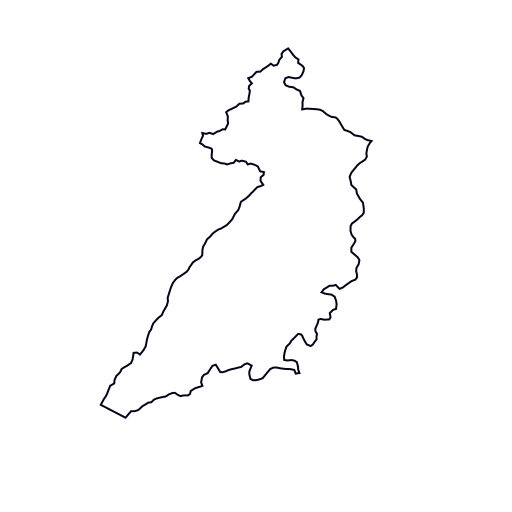 outline of Santa Isabel, Goiás, Brazil, rotated 205°
{"feature_id": "56859067B85014181310436", "entity_name": "Santa Isabel", "entity_type": "district", "adm_level": 2, "iso_a3": "BRA", "parent_name": "Brazil", "parent_adm1": "Goiás", "projection": "mercator", "projection_center": [-49.384, -15.241], "detail": "fine", "context": "isolated", "style": "outline", "palette": "ink", "viewbox_px": 512, "rotation_deg": 205, "n_neighbors": 0, "source": "geoboundaries", "source_scale": "gbopen_adm2", "svg_char_len": 4465}
<svg xmlns="http://www.w3.org/2000/svg" viewBox="0 0 512 512"><g transform="rotate(205 256 256)"><path d="M333.8,55.5L305.9,54.3L303.6,62.6L300.5,64.0L297.6,66.6L295.4,72.0L293.5,74.7L291.7,77.5L289.0,79.3L288.0,82.2L286.4,84.4L284.0,86.4L280.7,89.0L278.5,90.4L276.6,93.6L274.0,96.4L271.7,97.7L268.2,97.1L265.2,97.1L262.8,99.0L258.7,100.9L257.5,103.1L258.1,106.1L255.4,110.3L253.1,112.5L251.3,114.0L249.7,115.7L252.3,118.2L253.6,123.2L253.0,126.2L250.3,129.4L249.1,138.0L246.5,140.5L242.2,137.6L239.3,135.7L237.1,136.6L234.7,138.7L232.7,141.0L230.7,142.8L227.6,145.1L224.9,147.4L222.6,149.1L220.7,152.9L218.4,155.1L213.6,154.8L213.3,148.9L212.2,146.1L209.0,142.2L206.2,142.2L203.8,143.3L202.0,144.6L200.1,146.2L198.3,148.1L196.6,154.9L195.3,159.6L193.1,162.2L190.3,163.6L186.4,164.5L181.8,166.0L177.1,168.0L173.1,168.9L170.3,166.2L167.2,168.3L169.7,170.8L170.9,173.0L172.4,175.0L174.1,177.0L176.5,177.4L179.4,176.9L183.8,174.4L186.5,173.7L188.2,176.7L189.4,181.2L190.1,186.6L188.4,191.2L188.2,194.0L186.3,199.2L184.9,203.2L182.2,204.0L180.2,203.1L178.4,201.4L175.5,199.2L172.6,197.3L168.4,197.5L167.1,199.7L166.6,202.9L165.9,206.1L167.2,208.7L167.8,211.2L170.1,212.7L171.5,215.0L171.7,221.9L172.5,224.7L170.9,226.2L167.0,227.2L162.8,229.5L162.5,231.9L165.0,235.4L163.3,239.9L161.1,241.8L162.6,246.5L164.6,249.4L167.6,252.4L171.3,252.9L174.8,251.8L177.8,251.0L181.3,250.8L180.4,254.7L178.4,257.6L176.8,260.1L173.7,261.6L171.5,263.5L166.4,261.5L163.9,264.3L162.7,266.8L158.8,273.6L156.0,276.5L155.4,279.2L156.9,282.3L158.7,284.3L159.9,287.7L159.5,292.0L160.5,295.9L163.0,297.7L166.4,298.7L171.4,300.1L173.1,303.9L172.6,307.4L172.2,311.4L173.4,313.5L176.0,314.4L178.4,315.8L181.0,318.7L182.9,323.1L182.8,325.9L180.9,329.3L179.4,332.4L178.4,335.2L177.1,337.7L176.6,340.7L178.4,344.7L181.6,349.5L186.3,351.9L191.1,355.4L193.3,358.7L196.1,359.5L199.5,360.6L201.7,363.7L204.6,367.3L204.8,371.5L204.0,375.0L202.5,380.8L201.2,384.0L199.5,386.6L197.8,389.5L197.5,392.8L199.2,395.4L200.0,397.9L201.0,402.3L200.6,406.4L199.9,409.0L204.3,408.1L206.6,408.1L210.2,408.8L212.8,408.3L217.7,407.0L222.9,408.2L225.8,408.0L229.2,407.6L231.2,408.9L234.6,411.2L237.1,413.0L240.2,414.7L242.4,415.2L246.9,413.9L252.2,414.3L256.7,415.6L259.7,415.6L262.6,414.8L269.4,412.2L272.5,410.9L276.1,408.4L277.3,411.9L278.9,415.2L279.7,419.2L282.6,420.7L285.9,424.2L289.6,424.1L293.3,424.7L297.6,423.4L301.3,423.3L304.1,425.4L304.5,429.5L302.1,432.0L299.2,432.6L295.0,433.8L292.0,436.0L291.0,439.0L291.0,443.4L291.9,446.6L294.0,447.9L296.5,448.4L299.4,448.8L300.6,452.1L304.2,452.6L307.6,454.1L311.4,456.2L314.6,457.7L317.7,453.1L318.2,449.9L316.7,447.5L317.8,443.5L317.4,440.7L317.7,438.2L320.5,435.9L323.8,436.6L325.5,433.3L327.2,430.5L328.8,428.0L329.9,425.0L333.4,423.1L335.5,416.7L338.2,413.9L335.5,412.0L332.7,410.7L334.1,407.3L333.4,404.7L331.4,403.2L330.6,400.6L329.5,396.2L328.2,392.9L330.6,391.5L332.2,388.7L335.4,387.0L337.0,383.1L340.3,379.0L342.5,376.4L343.8,373.7L342.1,372.1L340.4,370.4L339.0,366.9L337.3,364.4L337.3,361.0L337.5,357.6L339.7,356.8L341.8,354.0L344.0,352.0L346.3,348.4L350.2,348.0L352.8,345.6L356.6,344.8L354.9,342.7L354.8,338.1L354.5,334.6L351.6,334.5L348.9,333.6L344.5,334.3L341.5,334.5L340.1,332.6L339.2,329.6L337.6,326.2L334.6,324.9L327.1,325.3L323.3,326.6L321.0,326.7L318.5,329.0L315.6,331.1L314.8,334.6L311.1,334.5L309.2,336.4L304.9,337.2L302.2,335.5L299.9,337.5L295.7,338.1L292.1,337.9L288.0,334.5L284.3,335.4L283.4,332.7L285.0,329.4L283.6,325.9L279.5,323.6L281.1,321.5L283.9,319.0L285.1,315.7L286.0,312.9L287.0,310.5L287.8,307.7L289.5,303.8L292.6,298.7L291.7,293.6L291.5,290.1L292.8,285.7L293.0,282.3L293.1,279.3L294.3,275.1L295.5,271.8L297.8,268.3L299.4,266.0L301.1,264.3L302.7,261.9L303.8,259.9L304.9,257.6L305.6,254.7L307.4,250.4L307.5,248.1L307.5,245.2L307.9,242.3L307.2,239.2L305.0,233.8L305.9,231.0L307.0,228.9L308.7,226.8L310.5,223.5L311.0,220.3L311.5,218.0L311.5,214.9L312.2,212.4L313.8,209.6L316.2,205.5L318.2,202.8L319.1,200.3L319.9,196.5L319.9,193.3L319.6,189.8L318.4,180.8L316.7,177.9L315.9,173.7L316.1,171.0L316.5,166.7L316.4,162.6L318.3,158.8L319.6,155.1L320.6,151.6L320.5,148.6L320.0,144.8L320.6,142.3L320.1,137.4L319.3,133.4L317.8,127.4L318.1,123.8L318.7,120.8L319.5,117.7L323.0,118.2L326.0,116.5L325.0,113.2L324.1,109.9L324.0,106.2L326.7,101.7L328.5,99.3L330.0,96.8L330.0,93.6L330.7,91.2L331.9,88.2L331.8,83.7L330.6,80.6L333.3,76.8L333.0,71.1L332.7,68.2L332.9,64.8L333.4,62.2L333.8,55.5Z" fill="none" stroke="#020617" stroke-width="2"/></g></svg>